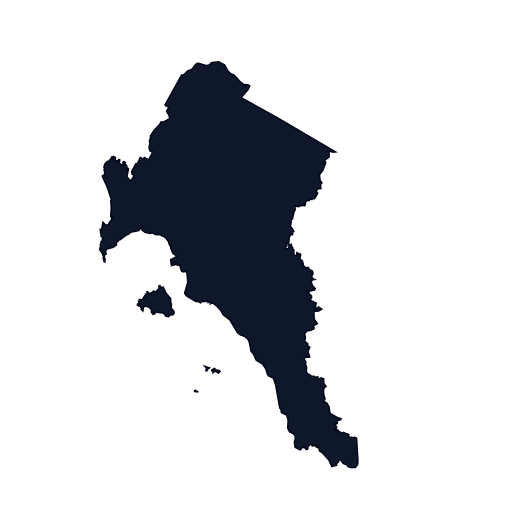 the district of Townsville, Queensland, Australia, rotated 203°
{"feature_id": "25037944B93557893838922", "entity_name": "Townsville", "entity_type": "district", "adm_level": 2, "iso_a3": "AUS", "parent_name": "Australia", "parent_adm1": "Queensland", "projection": "orthographic", "projection_center": [146.799, -19.352], "detail": "fine", "context": "isolated", "style": "filled", "palette": "ink", "viewbox_px": 512, "rotation_deg": 203, "n_neighbors": 0, "source": "geoboundaries", "source_scale": "gbopen_adm2", "svg_char_len": 6130}
<svg xmlns="http://www.w3.org/2000/svg" viewBox="0 0 512 512"><g transform="rotate(203 256 256)"><path d="M430.8,278.4L430.1,278.3L429.4,275.8L427.5,273.1L427.6,271.2L428.8,269.5L419.1,260.6L412.8,253.1L411.3,252.2L411.4,250.4L407.9,243.4L405.3,235.8L404.2,235.0L403.3,235.4L402.6,234.5L403.0,233.3L403.3,234.7L403.6,234.2L403.1,233.2L404.2,228.9L403.7,228.0L404.8,226.5L406.4,225.7L410.1,227.3L408.6,220.6L408.8,219.7L409.8,219.6L406.2,213.5L405.0,213.4L404.2,212.4L403.5,209.6L404.2,208.9L403.6,206.8L404.0,205.9L403.1,204.8L402.4,200.8L398.7,198.5L396.1,195.8L395.4,193.4L394.1,192.8L393.9,191.5L392.9,191.4L393.5,192.2L393.3,193.7L394.7,195.0L395.9,198.2L394.7,199.3L396.5,201.6L395.9,204.2L390.8,208.2L388.7,211.8L390.0,213.7L388.8,215.4L388.7,216.9L387.4,217.9L384.1,223.8L381.2,227.2L380.9,228.7L373.9,233.6L372.8,237.1L373.0,239.5L372.1,238.8L371.3,235.5L367.4,234.4L362.5,235.3L360.5,236.7L355.8,236.6L353.6,238.0L346.7,237.7L342.3,235.1L339.8,232.2L339.0,232.3L337.4,229.7L333.5,226.0L329.3,225.0L329.1,224.2L333.1,219.2L330.3,214.4L330.1,215.5L329.1,214.4L329.7,215.4L328.6,218.3L328.0,217.2L327.5,218.0L327.9,216.7L326.9,217.1L328.3,214.7L326.8,217.1L324.3,216.9L323.7,218.0L322.0,217.0L318.7,213.0L316.5,213.0L315.0,214.5L312.6,212.9L308.6,205.2L307.2,193.9L304.7,192.2L293.8,190.6L290.9,191.6L288.8,191.1L287.7,193.3L285.8,193.7L285.3,195.0L283.5,194.7L282.6,195.7L281.9,194.7L281.7,195.6L279.6,195.1L279.3,194.3L279.0,195.3L276.5,195.7L272.1,194.3L267.0,192.0L263.3,189.1L255.0,186.9L243.0,178.1L239.8,177.3L235.0,177.5L231.1,176.3L228.5,174.1L223.5,166.5L219.7,164.5L215.2,160.2L207.9,159.2L202.8,155.8L199.0,151.3L197.7,150.6L192.2,150.3L187.5,144.9L174.6,125.2L173.5,125.1L171.4,121.8L165.6,121.5L162.4,117.7L159.5,109.8L156.3,107.2L152.4,107.0L149.8,105.8L148.4,103.0L147.9,99.5L145.3,95.2L139.8,94.7L139.1,95.3L139.0,97.4L136.5,98.8L134.3,97.5L133.4,97.7L133.0,99.0L133.7,100.5L132.2,104.4L130.0,103.1L128.4,104.4L124.3,103.6L123.2,104.2L121.6,101.5L117.6,100.6L109.3,96.7L103.9,91.8L100.0,94.9L101.1,96.1L99.6,98.3L99.9,101.3L98.0,101.1L94.6,99.1L91.0,99.3L89.0,98.1L85.7,98.4L81.8,100.2L81.0,103.8L82.0,107.0L92.3,127.7L94.6,127.7L95.5,126.1L96.9,126.7L98.4,125.7L100.8,126.5L100.7,127.9L106.8,127.7L107.0,126.5L111.1,126.9L112.5,127.8L114.9,127.5L116.4,126.5L116.6,127.4L114.9,128.6L114.8,129.9L118.3,132.3L116.6,132.6L115.8,133.6L116.7,136.3L114.1,138.4L114.1,139.5L117.9,139.1L126.4,140.1L130.1,146.0L133.6,148.4L136.9,148.6L136.7,151.6L139.4,154.7L141.4,158.7L141.7,161.5L140.5,163.3L143.7,165.1L145.8,169.5L148.5,169.2L150.5,166.7L151.8,168.9L153.8,167.7L155.9,168.0L157.7,166.7L158.9,167.5L162.7,167.8L164.8,169.7L165.7,172.9L168.0,175.6L168.7,178.0L171.8,180.1L171.5,181.5L167.1,184.0L170.7,188.2L170.9,193.1L173.2,193.2L174.0,195.4L177.9,196.6L178.6,200.2L180.9,203.4L179.7,207.0L176.5,209.0L174.2,211.7L174.5,212.9L176.2,213.9L173.1,217.8L177.7,220.5L181.0,227.5L176.7,230.0L174.7,232.8L178.7,233.6L179.2,231.8L181.4,231.8L182.1,236.2L189.0,236.4L188.6,239.5L189.4,241.1L191.7,241.5L193.2,243.2L196.3,243.8L193.1,244.5L188.9,247.5L188.8,249.3L191.8,250.4L193.8,252.2L194.9,251.9L194.9,256.1L192.8,257.3L196.2,257.7L197.0,261.4L196.5,261.8L198.2,264.2L201.9,264.5L203.4,265.9L205.6,264.2L207.2,265.5L208.6,265.3L209.9,268.0L211.1,268.1L211.1,269.5L214.6,270.6L215.5,275.0L216.2,275.2L216.6,274.0L217.6,274.9L219.7,275.1L218.6,272.1L221.5,271.7L223.7,276.6L225.0,276.5L225.4,278.0L226.5,278.4L228.2,280.5L228.9,279.0L230.5,279.8L229.3,277.5L229.2,275.3L231.8,274.2L232.2,275.5L231.5,277.6L233.2,280.1L231.5,279.9L230.9,280.9L233.2,288.0L232.4,287.9L232.2,289.1L230.7,290.0L231.5,291.9L230.8,293.7L236.5,297.4L236.2,298.8L237.9,303.7L236.9,304.2L238.3,312.0L237.9,314.0L239.5,316.3L238.7,317.4L236.0,318.0L235.2,319.5L234.1,319.6L233.9,320.6L231.0,321.1L230.6,322.4L231.6,325.0L230.2,327.3L228.6,327.9L228.5,329.5L226.5,329.9L226.4,330.7L224.6,331.6L224.2,333.2L223.8,338.0L226.3,339.3L224.9,342.2L222.6,343.4L224.9,347.5L223.9,348.2L224.0,349.3L226.5,350.6L228.9,354.8L229.2,356.3L228.0,360.7L228.2,368.9L230.1,371.1L227.4,375.5L228.7,378.9L229.6,379.5L229.0,381.1L225.3,381.8L223.4,382.9L288.7,391.4L331.6,396.0L328.4,405.8L328.2,410.2L330.4,410.4L334.3,409.1L338.3,410.1L346.6,413.9L350.6,414.0L354.2,415.3L359.4,419.6L366.2,420.2L372.6,416.6L373.5,413.8L376.0,411.9L384.7,410.9L386.4,408.9L387.8,403.1L391.4,399.4L393.1,394.9L395.2,393.4L398.8,359.6L397.6,358.9L394.5,359.4L394.9,354.2L391.2,351.6L389.1,348.8L393.4,343.4L395.8,342.3L396.0,339.8L398.9,332.0L400.1,325.1L399.4,324.3L399.0,320.0L398.0,319.0L396.8,313.8L394.5,311.2L392.3,311.9L391.8,309.0L392.5,302.6L397.3,303.1L397.5,301.1L401.1,301.5L401.2,294.9L402.6,294.1L403.5,285.3L403.1,284.3L401.9,284.2L402.0,282.8L399.7,282.6L400.3,276.7L402.8,276.9L405.9,278.7L407.4,286.5L408.0,286.6L408.2,285.0L409.4,285.1L409.4,287.2L410.6,288.9L411.7,288.8L413.0,291.1L414.6,291.3L415.2,290.0L412.9,288.3L416.5,287.6L419.0,288.2L418.4,290.0L419.2,291.5L420.1,291.0L420.1,289.7L422.6,288.8L423.9,291.7L425.2,291.8L425.1,290.2L426.0,292.0L427.7,290.6L426.3,288.5L428.0,288.4L428.1,286.0L429.7,285.2L431.0,281.8L430.8,278.4ZM339.6,165.7L336.6,167.1L333.2,166.7L331.0,165.5L330.4,163.4L328.0,162.0L326.5,163.4L327.1,164.1L326.1,165.5L324.7,165.4L323.2,166.5L322.1,166.1L321.9,166.8L318.5,167.1L315.5,165.4L312.8,165.9L311.8,168.4L309.7,169.2L308.9,171.2L310.0,173.1L313.7,174.9L315.0,178.6L316.3,179.8L317.9,183.4L324.7,186.9L329.3,191.1L331.3,189.9L332.9,191.2L333.7,190.5L332.6,188.4L334.6,183.0L336.4,183.9L337.9,181.1L340.1,179.4L341.8,180.8L342.5,180.3L341.1,178.6L342.8,177.6L341.8,176.5L343.0,175.8L343.6,171.2L346.3,170.4L344.2,168.9L344.8,168.0L346.3,168.3L345.0,166.3L346.3,165.6L346.1,164.5L344.1,164.1L343.3,165.1L342.1,163.7L341.3,164.4L340.8,162.0L338.7,161.1L339.6,165.7ZM245.1,136.3L247.8,135.4L250.3,136.3L252.2,133.8L251.9,133.0L250.7,133.2L249.9,131.8L249.5,133.1L247.7,134.1L244.9,133.5L243.9,135.6L245.1,136.3ZM256.2,131.4L256.6,132.3L255.1,134.8L260.0,134.5L257.3,133.1L257.7,131.7L257.0,130.7L256.2,131.4ZM256.0,108.3L259.4,108.7L260.0,107.8L259.4,107.3L256.0,108.3Z" fill="#0f172a" stroke="#020617" stroke-width="1.5"/></g></svg>